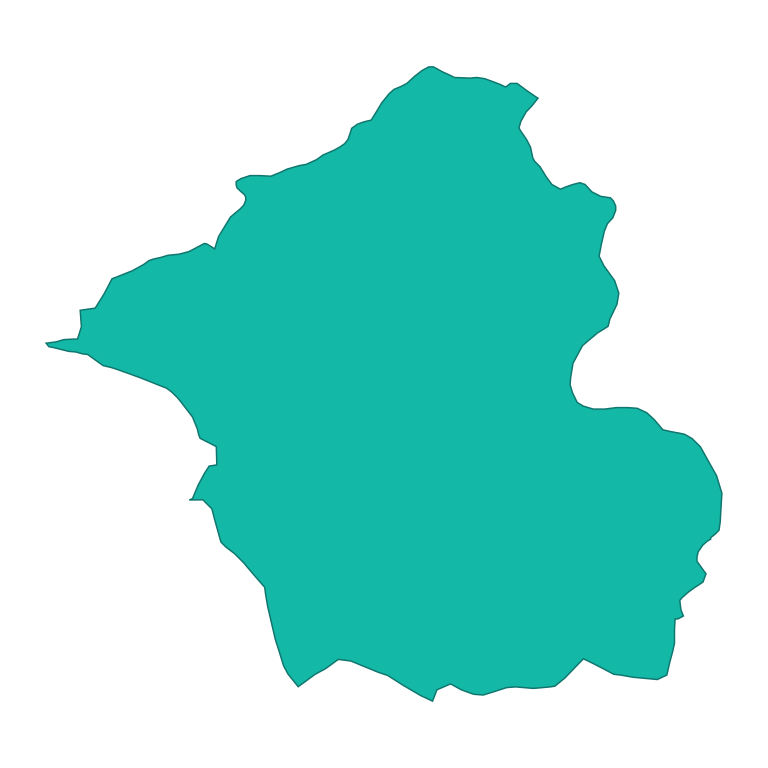 Rawanduz, Arbil, Iraq (Natural Earth projection)
{"feature_id": "34846034B23954207715880", "entity_name": "Rawanduz", "entity_type": "district", "adm_level": 2, "iso_a3": "IRQ", "parent_name": "Iraq", "parent_adm1": "Arbil", "projection": "natural_earth1", "projection_center": [44.626, 36.804], "detail": "fine", "context": "isolated", "style": "filled", "palette": "teal", "viewbox_px": 768, "rotation_deg": 0, "n_neighbors": 0, "source": "geoboundaries", "source_scale": "gbopen_adm2", "svg_char_len": 3035}
<svg xmlns="http://www.w3.org/2000/svg" viewBox="0 0 768 768"><path d="M46.1,343.2L48.9,346.7L52.3,347.3L68.9,351.4L76.0,352.0L82.2,353.8L87.5,354.4L103.1,365.6L110.8,367.4L116.5,369.2L139.3,377.4L160.2,385.7L166.4,388.1L171.2,391.6L177.3,397.5L181.6,402.8L192.5,417.0L197.3,428.8L198.7,434.8L200.1,438.3L216.3,446.6L216.8,464.9L209.1,466.1L207.7,468.4L204.9,472.6L198.2,485.0L192.5,498.6L189.3,500.0L202.9,499.8L211.9,508.9L214.5,519.0L220.9,542.0L225.6,546.8L234.6,553.7L243.7,562.8L253.1,574.0L264.7,587.3L265.6,594.3L267.7,606.6L275.4,639.7L277.9,647.4L283.6,665.8L287.9,673.9L298.2,686.7L315.0,674.4L325.8,668.5L338.3,659.4L346.9,660.5L350.8,661.0L378.3,672.3L387.8,675.5L402.8,685.1L420.9,695.7L432.5,701.1L432.7,700.8L436.9,689.8L450.6,683.9L461.3,689.8L467.0,691.9L473.8,694.3L483.3,695.0L495.2,691.3L506.6,687.6L515.5,686.9L533.4,688.4L540.3,687.8L550.0,686.9L554.8,686.2L564.9,678.0L576.2,666.2L583.4,658.8L587.6,660.8L594.1,664.0L604.2,669.2L613.8,674.3L620.9,675.1L633.4,677.3L657.3,679.5L666.8,675.1L669.7,662.5L672.7,651.4L674.5,643.3L674.5,629.3L675.1,618.9L678.0,618.9L683.4,616.0L681.0,610.0L680.4,605.6L679.8,600.4L682.2,597.5L688.1,592.3L694.1,587.9L703.0,582.0L706.0,573.8L701.2,567.2L697.0,561.3L697.0,556.8L697.1,556.4L698.2,551.7L702.9,545.0L707.1,541.3L710.7,539.1L710.7,537.6L715.4,533.9L719.0,530.2L720.2,522.1L721.3,502.9L721.9,493.3L716.5,475.6L708.2,460.8L700.4,446.8L692.1,438.6L684.4,434.2L668.9,431.2L662.9,429.8L654.0,419.4L646.8,412.8L637.3,408.3L627.8,407.6L616.5,407.6L604.6,409.1L598.6,409.1L593.3,409.1L583.2,406.1L577.2,402.4L572.5,392.8L570.1,384.7L570.7,377.3L573.0,363.3L582.5,345.6L597.4,333.0L608.1,326.3L609.9,319.0L617.0,304.2L618.8,293.1L614.6,280.6L603.9,265.8L599.1,256.2L601.5,243.6L604.4,231.1L607.4,223.7L612.8,217.8L615.7,210.4L615.7,206.0L613.3,200.8L610.4,197.8L600.8,196.4L591.9,191.9L585.1,184.5L579.9,182.7L572.8,184.5L566.1,186.8L560.4,189.2L551.9,184.5L546.2,176.8L540.0,166.7L534.7,161.4L532.8,157.9L530.5,147.2L526.6,139.6L520.5,130.7L519.0,127.8L520.9,121.3L526.2,111.8L531.9,105.9L538.0,98.2L535.2,96.4L526.6,90.5L517.1,83.4L510.5,83.4L505.7,87.0L499.1,84.0L484.8,78.7L476.7,77.5L470.1,78.1L454.4,77.5L451.1,75.8L442.0,71.6L433.5,66.9L428.7,66.9L422.1,70.5L414.5,76.4L406.9,83.4L403.5,85.2L401.2,86.4L394.0,89.4L389.3,93.5L381.7,102.9L376.0,112.4L371.2,120.1L364.1,121.8L357.4,124.2L351.7,128.3L349.8,134.3L347.9,139.6L344.6,143.7L340.3,146.7L334.1,150.2L323.2,154.9L316.5,159.7L306.1,164.4L299.4,165.6L287.1,169.1L279.5,172.7L270.9,176.2L259.5,175.6L250.0,175.6L241.0,178.6L236.2,181.5L236.2,185.1L237.1,188.0L240.9,191.6L244.3,194.5L245.7,196.9L245.7,200.4L243.8,205.1L240.4,208.7L230.5,217.0L221.9,231.1L218.6,236.5L216.2,244.1L215.1,247.7L214.7,248.9L207.1,244.1L204.3,243.5L196.2,247.8L188.9,251.6L179.1,254.2L167.9,255.3L161.0,257.4L153.7,259.0L149.0,260.6L143.8,264.4L132.2,270.8L112.0,278.8L104.2,293.7L103.1,295.5L95.2,308.1L80.2,310.3L81.4,326.8L77.5,339.1L73.2,339.1L63.8,339.6L56.5,341.8L46.1,343.2Z" fill="#14b8a6" stroke="#0f766e" stroke-width="1.5"/></svg>